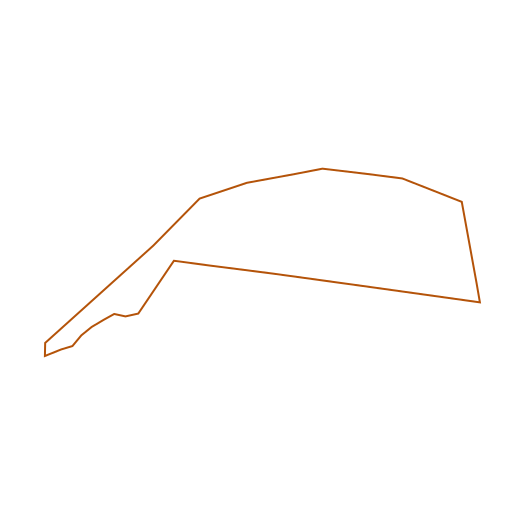 Borborema, Paraíba, Brazil (Albers equal-area conic projection), rotated 175°
{"feature_id": "56859067B85687691204770", "entity_name": "Borborema", "entity_type": "district", "adm_level": 2, "iso_a3": "BRA", "parent_name": "Brazil", "parent_adm1": "Paraíba", "projection": "albers", "projection_center": [-35.582, -6.792], "detail": "fine", "context": "isolated", "style": "outline", "palette": "amber", "viewbox_px": 512, "rotation_deg": 175, "n_neighbors": 0, "source": "geoboundaries", "source_scale": "gbopen_adm2", "svg_char_len": 486}
<svg xmlns="http://www.w3.org/2000/svg" viewBox="0 0 512 512"><g transform="rotate(175 256 256)"><path d="M37.0,190.3L38.6,209.4L46.3,292.0L103.5,320.5L138.0,328.0L182.2,337.2L210.0,334.3L258.8,329.7L307.2,318.1L337.0,292.7L357.4,275.3L473.6,187.8L475.0,174.8L458.2,179.9L446.7,182.3L436.9,192.2L425.8,199.7L413.3,205.7L402.3,210.6L391.3,207.2L378.3,208.9L338.2,258.4L302.4,250.4L240.3,236.9L176.7,222.4L152.2,216.8L37.0,190.3Z" fill="none" stroke="#b45309" stroke-width="2"/></g></svg>